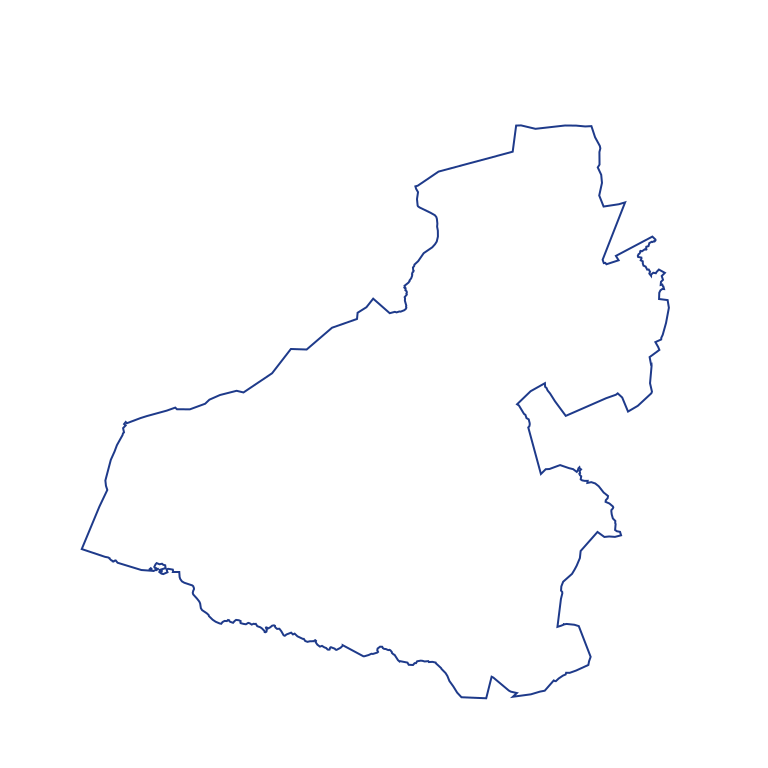 outline of Arroyo Seco, Querétaro, Mexico, rotated 281°
{"feature_id": "50627088B12767875779778", "entity_name": "Arroyo Seco", "entity_type": "district", "adm_level": 2, "iso_a3": "MEX", "parent_name": "Mexico", "parent_adm1": "Querétaro", "projection": "natural_earth1", "projection_center": [-99.653, 21.432], "detail": "fine", "context": "isolated", "style": "outline", "palette": "blue", "viewbox_px": 768, "rotation_deg": 281, "n_neighbors": 0, "source": "geoboundaries", "source_scale": "gbopen_adm2", "svg_char_len": 6163}
<svg xmlns="http://www.w3.org/2000/svg" viewBox="0 0 768 768"><g transform="rotate(281 384 384)"><path d="M115.6,450.4L114.5,452.3L115.0,452.7L115.0,460.2L113.1,461.8L113.7,466.1L115.8,467.3L116.1,468.7L118.1,469.4L119.4,472.7L119.6,474.3L119.4,476.9L120.4,480.4L119.6,481.1L120.5,484.6L120.4,487.9L119.7,488.3L116.0,494.3L115.3,494.8L112.0,499.6L109.4,502.0L104.9,504.9L100.4,509.7L95.0,514.7L91.3,519.8L95.0,544.3L117.2,545.5L116.7,547.3L106.9,565.0L106.2,567.2L106.0,573.4L101.6,570.2L107.4,587.4L111.8,595.8L113.6,600.3L125.4,607.2L125.0,608.4L125.1,609.4L128.3,611.7L131.9,615.3L133.5,617.7L135.3,617.9L135.9,621.4L139.4,627.3L147.2,638.2L150.9,638.2L155.6,638.9L183.5,621.4L184.0,616.8L183.3,609.0L182.6,607.2L182.6,606.7L182.4,606.8L180.6,604.1L178.7,600.6L206.8,598.7L212.5,599.0L213.9,598.6L215.0,597.2L219.2,596.7L224.1,597.6L233.5,604.8L238.2,606.5L242.4,607.8L250.5,609.5L257.6,608.9L279.5,621.8L275.9,629.5L277.3,634.1L278.0,639.9L280.7,645.6L283.9,643.9L283.9,640.7L284.8,638.7L290.7,638.1L291.6,637.5L293.7,637.2L295.7,634.3L299.5,632.4L302.6,631.4L303.7,631.3L305.5,632.4L306.7,632.6L307.5,632.0L309.7,628.1L310.6,624.0L312.3,623.9L314.5,625.3L316.8,625.3L319.4,620.3L324.6,614.3L326.7,610.3L327.2,606.2L325.7,602.5L327.8,602.4L327.2,599.5L327.2,596.9L327.9,595.3L331.0,595.2L331.9,593.8L333.1,592.9L334.0,593.5L335.8,592.6L337.8,593.7L338.4,592.2L339.5,591.7L338.5,591.0L336.1,590.7L334.5,590.0L336.5,585.9L336.7,581.7L338.0,572.3L332.1,562.6L331.2,559.0L325.6,555.2L368.9,533.9L370.1,534.7L371.8,534.8L373.3,534.5L376.9,532.8L377.7,530.4L380.7,528.7L381.4,527.1L388.7,520.5L389.5,518.5L404.9,529.3L415.5,541.8L412.0,542.7L411.1,544.3L408.9,545.8L406.4,548.8L399.7,555.1L387.4,568.5L412.4,604.7L417.7,613.7L419.4,615.2L416.2,620.4L403.5,628.8L411.0,637.3L425.9,648.2L427.6,648.5L435.5,645.0L452.9,643.2L454.5,642.8L454.1,642.4L461.1,639.6L470.0,647.8L472.6,646.1L476.9,642.4L480.6,647.6L482.4,647.4L485.4,648.2L497.7,649.2L513.2,649.1L520.5,646.4L519.9,637.8L526.1,636.8L528.7,637.5L530.4,639.1L530.6,640.8L532.9,639.7L532.9,639.3L534.7,638.2L534.0,636.7L537.2,636.4L539.5,638.0L543.0,636.0L546.7,638.5L548.8,632.0L546.0,630.2L544.6,629.7L544.6,627.1L542.4,625.3L541.2,625.5L543.0,623.4L545.0,623.7L546.9,622.0L546.5,620.5L549.2,618.4L549.7,616.1L551.8,615.0L553.8,614.6L554.4,612.4L556.3,612.8L557.2,612.5L557.2,609.2L558.2,608.7L560.0,609.1L560.7,609.9L562.9,610.6L563.2,610.2L563.6,610.4L563.6,612.0L566.0,614.3L565.9,615.6L566.2,615.9L567.2,615.4L568.8,615.3L569.8,617.3L573.0,617.6L574.7,619.7L574.6,620.5L575.8,621.9L575.6,622.4L576.7,623.1L577.6,622.9L579.9,619.3L554.0,587.2L550.2,590.7L544.0,579.5L545.1,578.2L544.6,576.7L547.7,574.9L608.3,586.0L605.3,580.3L600.1,565.7L610.1,559.3L623.0,559.6L630.8,557.3L637.4,552.5L640.5,553.7L652.8,551.2L656.6,551.4L658.9,550.4L666.5,544.1L676.7,538.4L675.2,532.3L674.3,523.3L672.3,512.4L663.4,484.0L664.0,469.2L662.9,464.4L636.6,466.0L602.9,397.0L585.1,379.3L584.0,377.1L581.7,378.3L578.8,380.8L571.8,381.1L565.5,383.0L564.9,383.5L564.1,385.2L560.9,397.2L559.4,401.7L557.9,403.5L556.2,404.4L551.6,405.8L548.6,406.1L544.8,407.6L539.0,408.8L533.9,408.6L530.9,407.4L527.4,405.3L520.0,398.0L511.1,394.1L507.0,391.1L505.5,391.1L503.9,390.2L501.1,391.0L500.8,391.5L499.7,391.3L499.1,390.7L497.2,390.5L496.7,390.9L495.3,390.9L492.9,390.5L490.5,389.3L490.0,389.5L488.2,388.7L484.3,385.4L483.2,386.0L482.5,385.6L482.1,386.1L482.2,386.8L481.2,387.2L480.1,387.1L479.4,388.4L478.7,388.8L477.8,389.0L477.1,388.7L476.1,389.3L473.2,387.7L472.1,388.3L469.8,388.6L465.2,390.9L464.0,390.9L463.1,391.4L461.7,391.0L460.2,389.7L458.2,386.5L458.1,385.2L456.7,382.7L456.9,380.9L454.6,376.1L465.7,357.1L456.0,352.1L448.9,344.5L442.7,345.1L429.3,322.2L403.1,301.5L400.6,285.9L373.2,272.1L348.9,247.7L349.2,240.6L341.9,225.1L335.3,215.6L330.5,212.2L322.1,198.3L319.7,185.6L321.0,183.6L316.4,175.8L307.3,157.4L304.1,151.5L296.4,139.0L297.4,137.7L295.1,136.5L294.0,138.3L290.9,136.3L286.9,138.0L285.7,137.2L284.0,137.1L273.0,133.5L266.4,132.4L257.4,130.3L236.1,128.9L231.0,130.5L227.2,132.6L209.3,128.0L164.3,118.8L161.1,143.1L161.1,146.3L160.6,147.8L160.3,147.8L158.9,149.9L158.6,151.3L158.1,151.5L158.1,152.4L159.4,153.6L159.6,154.3L157.7,156.6L155.1,181.3L156.1,189.6L157.4,189.2L158.7,190.2L158.0,191.2L156.3,191.1L156.5,193.5L157.8,195.1L157.9,196.3L159.1,196.8L159.0,196.5L159.7,195.8L159.8,194.1L160.6,193.4L163.5,194.2L164.8,195.0L164.2,198.0L165.2,200.4L164.4,201.8L164.3,203.8L162.0,204.6L161.0,203.6L159.1,200.0L158.9,201.4L157.5,201.6L157.1,200.5L157.3,199.4L156.6,199.3L155.4,201.7L155.3,203.6L157.9,207.4L160.5,205.9L161.4,207.5L161.5,212.1L159.8,212.8L159.2,212.7L160.4,218.9L155.5,220.2L153.7,221.2L151.7,223.3L150.8,225.9L149.7,234.3L149.1,235.3L147.3,236.4L146.2,236.6L144.7,236.2L142.5,236.1L141.0,236.9L137.8,241.2L135.2,244.2L133.5,245.4L129.0,247.0L127.3,248.6L125.1,253.8L123.8,255.9L122.7,256.5L119.9,260.8L118.5,264.1L117.6,268.3L117.6,270.0L119.5,270.9L121.0,272.7L121.3,275.0L122.6,275.9L122.5,276.9L122.2,276.9L121.2,278.4L120.8,281.4L123.0,282.7L124.2,283.8L124.4,286.6L123.9,288.5L122.2,288.6L121.9,289.0L121.7,292.1L121.8,294.3L123.6,296.3L123.5,297.8L122.6,300.0L123.8,301.9L123.7,303.0L124.1,303.9L122.1,305.8L121.6,309.0L120.8,310.8L118.8,313.7L117.7,314.2L117.7,315.0L118.4,315.8L119.1,315.9L120.5,315.8L122.2,314.6L122.6,314.8L122.5,315.7L121.9,316.8L123.4,318.7L125.4,320.3L126.1,322.1L125.8,323.1L125.0,323.3L124.2,324.0L123.2,325.8L123.8,328.0L121.7,330.4L118.3,333.3L117.9,334.3L118.1,334.9L119.5,336.0L122.2,340.3L120.8,342.4L121.9,343.9L119.8,347.2L118.3,353.0L118.5,353.9L116.7,355.7L116.3,358.1L117.3,360.3L118.1,364.0L119.4,365.3L118.9,366.3L117.5,366.2L115.4,368.3L114.0,371.2L115.1,373.1L114.1,375.7L113.8,377.6L112.6,379.3L112.6,380.1L112.9,381.2L115.0,381.5L115.5,382.1L114.8,386.1L114.0,387.2L114.0,388.2L116.8,391.7L119.4,393.5L119.7,393.4L112.8,415.7L113.0,416.7L115.0,420.6L116.8,423.1L116.9,424.6L119.1,428.7L119.9,429.3L121.3,428.2L123.1,428.2L125.4,430.3L125.7,432.4L124.5,433.3L124.0,434.7L124.2,436.3L123.7,438.4L123.7,439.5L124.1,440.1L123.8,441.1L122.3,442.9L121.5,443.1L120.3,445.1L120.2,446.0L115.6,450.4Z" fill="none" stroke="#1e3a8a" stroke-width="2"/></g></svg>